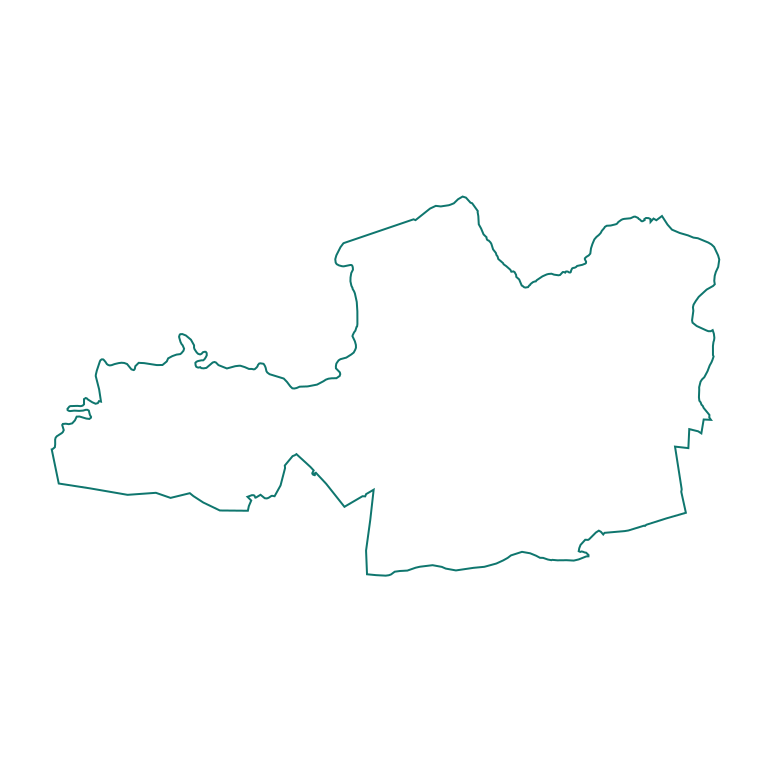 Matlapa, San Luis Potosí, Mexico, rotated 3°
{"feature_id": "50627088B6304595362200", "entity_name": "Matlapa", "entity_type": "district", "adm_level": 2, "iso_a3": "MEX", "parent_name": "Mexico", "parent_adm1": "San Luis Potosí", "projection": "albers", "projection_center": [-98.85, 21.333], "detail": "fine", "context": "isolated", "style": "outline", "palette": "teal", "viewbox_px": 768, "rotation_deg": 3, "n_neighbors": 0, "source": "geoboundaries", "source_scale": "gbopen_adm2", "svg_char_len": 6109}
<svg xmlns="http://www.w3.org/2000/svg" viewBox="0 0 768 768"><g transform="rotate(3 384 384)"><path d="M64.4,500.4L95.9,503.6L133.7,508.1L161.9,504.6L176.8,508.9L195.8,503.2L199.5,505.9L209.7,511.8L226.7,518.9L254.7,517.7L255.4,513.1L257.5,507.3L253.6,503.8L257.7,502.0L259.4,501.9L260.4,502.2L261.5,504.2L262.2,504.0L266.5,501.1L270.9,504.3L273.0,504.4L274.7,503.7L277.4,501.7L278.1,501.5L280.6,501.8L286.0,490.7L289.6,473.1L289.2,470.6L296.5,460.8L298.7,459.8L300.2,458.6L314.9,470.7L318.3,474.0L317.1,476.6L317.1,477.3L318.0,478.3L319.6,478.7L319.8,478.4L319.3,477.0L320.6,476.2L331.5,486.7L350.9,508.7L368.4,497.2L371.1,497.2L371.9,494.9L379.2,490.1L377.4,520.4L374.8,551.3L377.0,574.9L386.2,575.3L395.8,575.3L398.9,574.7L401.0,573.8L404.5,570.9L409.7,569.9L417.1,569.1L425.2,565.8L429.4,564.6L442.0,562.4L451.3,563.6L455.3,565.1L465.6,566.4L483.0,562.9L493.8,561.3L505.6,557.4L512.3,553.9L516.6,551.2L519.8,548.5L530.6,544.4L538.8,545.4L544.8,547.5L548.9,549.4L551.9,549.3L556.8,550.7L560.4,551.2L561.2,550.8L566.4,551.0L575.7,550.4L582.8,550.4L587.6,549.0L595.0,545.6L597.2,545.4L597.2,544.1L594.7,541.9L593.1,541.7L591.4,541.1L590.0,540.9L588.8,541.4L587.2,540.8L587.6,537.7L588.3,535.6L588.7,534.4L593.1,529.0L595.9,529.0L596.9,528.4L603.4,521.2L606.2,519.2L608.3,520.2L610.8,522.8L612.0,521.1L632.0,518.3L635.7,517.5L651.3,511.8L652.0,512.1L653.4,510.8L673.1,503.4L692.2,496.8L686.5,476.1L686.8,473.6L677.9,431.3L691.3,432.1L691.2,413.1L700.2,414.8L703.5,416.7L705.1,402.7L712.4,402.7L710.6,400.4L710.6,397.9L704.5,391.2L703.4,389.1L702.1,388.0L701.2,385.8L699.8,384.2L699.2,380.8L699.1,373.5L698.9,370.7L700.0,365.1L701.4,362.7L703.5,360.5L706.4,354.3L708.3,348.4L709.8,345.4L710.7,342.9L711.7,339.3L711.0,337.9L710.5,328.8L710.8,324.9L711.3,323.0L711.5,320.6L710.8,316.6L709.4,313.0L707.5,314.2L705.2,314.3L703.3,313.7L693.2,309.7L688.9,306.6L688.3,304.3L689.1,294.7L688.5,291.2L689.0,288.5L691.0,284.8L693.8,280.4L701.3,272.8L707.6,268.8L709.1,267.1L708.4,263.7L708.6,258.7L709.5,254.8L711.6,249.6L712.3,242.2L710.9,238.1L706.5,229.9L703.7,227.5L700.5,225.8L689.8,222.0L685.3,221.6L679.9,219.7L671.4,217.7L663.5,214.8L658.8,210.0L652.8,201.7L647.4,206.2L644.5,204.7L641.7,208.2L641.4,205.3L639.5,204.5L637.0,204.5L635.4,205.7L635.6,206.8L634.7,207.2L634.0,207.8L633.1,208.0L632.5,207.8L630.7,206.2L629.7,205.8L628.9,204.8L626.0,203.7L624.7,203.9L621.5,205.6L615.4,206.5L613.9,206.9L612.5,207.6L609.5,210.0L608.4,211.6L607.3,212.3L602.0,213.9L598.2,214.3L596.4,215.5L595.5,217.1L593.6,219.5L592.4,222.0L590.8,223.9L588.5,226.0L586.5,228.6L584.8,233.3L583.6,237.8L583.2,243.0L581.7,244.9L579.5,246.4L578.0,248.0L578.1,249.1L579.4,251.2L579.4,252.5L578.8,253.2L575.8,254.6L570.7,256.0L569.7,257.1L568.3,257.9L566.8,258.2L565.8,258.8L565.0,260.7L564.6,262.5L564.1,262.9L563.0,262.9L561.6,262.1L560.0,262.1L559.7,262.3L559.1,263.3L557.9,262.8L556.6,262.9L554.1,265.9L552.6,266.3L548.1,265.9L545.5,265.1L542.6,265.5L540.7,266.1L536.6,268.2L531.0,272.4L530.2,273.6L529.2,273.7L527.4,274.5L525.1,276.5L524.7,277.4L523.8,278.1L522.8,279.7L520.1,280.3L518.8,280.0L517.1,278.7L516.4,278.5L513.5,272.5L510.5,270.1L510.2,268.1L508.6,265.5L507.4,264.8L505.3,265.2L504.2,263.3L499.9,259.9L497.2,258.2L496.6,257.1L491.6,253.2L490.7,250.6L489.6,249.4L488.8,247.2L485.9,243.9L483.9,238.5L483.0,237.1L481.1,235.3L480.1,235.0L479.3,234.4L478.7,232.8L478.7,232.1L475.6,229.4L472.8,223.6L470.3,219.6L469.4,211.4L468.5,207.5L468.6,206.4L462.6,198.9L460.9,198.4L456.1,193.6L452.7,192.7L448.3,195.6L444.3,199.9L441.1,201.4L439.3,202.1L431.4,203.7L426.4,203.4L420.8,206.4L406.9,218.7L404.9,218.0L336.9,245.2L336.1,245.6L333.4,249.6L329.7,258.0L328.8,261.9L329.4,265.3L330.5,266.8L332.8,267.9L336.0,268.6L337.7,268.6L344.2,266.9L345.1,266.9L345.8,267.2L346.4,268.1L346.8,269.6L347.0,271.5L345.5,274.9L345.0,279.3L345.1,283.2L346.3,287.6L347.5,289.7L347.7,290.7L349.3,293.1L350.2,295.1L352.5,303.5L353.6,312.9L354.3,325.5L354.1,328.0L353.6,328.4L352.6,332.3L351.4,334.0L350.2,336.9L350.0,337.9L352.7,342.9L353.9,346.5L354.1,349.2L353.5,351.2L352.1,354.2L349.8,356.2L345.0,359.6L339.2,361.5L337.4,362.8L335.8,365.3L335.3,366.3L335.0,368.8L335.2,370.9L339.3,374.7L339.8,376.4L339.3,378.3L336.2,380.7L331.7,381.0L328.3,381.6L325.7,382.7L323.4,384.4L317.2,388.1L307.9,390.4L299.9,391.1L296.9,392.6L294.6,393.2L292.7,393.1L290.6,391.3L287.0,387.0L283.6,383.8L269.2,380.2L266.8,378.6L265.9,377.3L265.0,374.1L264.3,372.5L263.0,370.5L262.4,370.1L259.4,369.8L258.3,370.1L257.1,371.7L256.7,373.1L255.9,374.2L254.2,375.9L253.2,376.2L251.3,375.9L248.3,376.0L244.0,374.4L239.7,373.3L238.6,373.3L234.5,374.0L226.3,376.7L217.7,373.8L215.0,371.3L213.5,370.9L211.8,371.5L205.8,377.2L203.1,377.8L200.7,377.7L199.6,376.8L198.2,377.3L196.9,377.2L195.6,376.6L194.9,375.2L194.5,372.8L195.5,371.6L197.1,370.8L200.5,369.9L202.2,369.8L203.4,368.7L204.6,366.7L205.5,364.6L205.3,362.4L204.3,361.2L203.2,361.2L201.6,361.7L200.2,363.4L198.8,364.1L196.8,363.6L195.3,362.3L193.0,359.2L192.4,357.7L192.3,355.3L188.9,349.9L183.6,345.9L180.0,344.7L178.1,344.9L177.5,345.3L176.9,347.3L177.0,348.1L178.6,352.7L179.8,354.8L180.9,355.9L182.5,359.2L182.0,361.3L180.1,363.8L179.0,364.8L175.3,365.5L171.2,367.2L167.1,369.7L165.9,372.8L161.8,376.6L156.2,377.0L143.4,375.7L137.9,375.7L134.7,379.3L134.4,381.8L133.8,382.9L133.2,383.2L131.0,382.6L126.4,377.5L123.5,376.6L120.8,376.5L118.0,377.0L113.9,378.2L111.1,379.4L109.2,379.8L107.7,379.5L106.2,378.6L104.7,376.5L102.8,374.5L102.1,374.1L100.7,374.2L99.5,375.3L99.0,376.6L96.5,385.7L95.8,389.5L95.7,391.1L99.8,404.3L102.3,416.4L100.3,416.0L99.2,418.1L97.0,418.8L93.6,417.5L89.0,414.9L88.1,414.0L86.9,413.6L85.2,414.8L85.5,420.0L84.2,421.4L82.3,422.0L78.9,421.9L71.9,422.5L71.0,423.0L69.2,425.4L69.4,426.6L70.4,427.2L71.8,427.5L76.1,426.8L81.0,426.8L84.9,426.3L87.5,425.4L89.1,425.3L90.6,426.0L91.9,430.2L93.2,432.2L93.1,433.0L91.6,434.3L88.6,434.1L81.6,432.4L78.8,432.7L77.3,436.4L74.7,439.6L71.4,440.6L68.3,440.3L65.4,440.7L64.8,441.8L66.6,446.8L65.8,448.8L64.9,449.8L60.0,453.3L58.9,454.8L58.5,456.7L58.8,461.5L58.6,464.4L56.3,466.5L55.6,466.7L64.4,500.4Z" fill="none" stroke="#0f766e" stroke-width="2"/></g></svg>